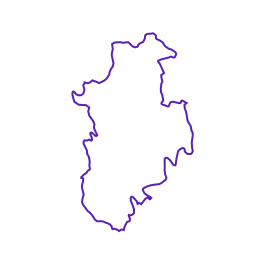 an SVG outline of Republic of Serbia, rotated 228°
{"feature_id": "SRB", "entity_name": "Republic of Serbia", "entity_type": "country or territory", "adm_level": 0, "iso_a3": "SRB", "parent_name": "Europe", "parent_adm1": "", "projection": "robinson", "projection_center": [20.755, 44.206], "detail": "fine", "context": "isolated", "style": "outline", "palette": "violet", "viewbox_px": 256, "rotation_deg": 228, "n_neighbors": 0, "source": "natural_earth", "source_scale": "50m", "svg_char_len": 3164}
<svg xmlns="http://www.w3.org/2000/svg" viewBox="0 0 256 256"><g transform="rotate(228 128 128)"><path d="M143.3,100.4L149.1,102.0L151.7,103.5L153.1,105.5L156.7,106.8L162.7,107.4L166.9,109.5L169.2,112.9L173.0,112.1L178.2,107.0L183.4,105.7L188.5,108.1L191.3,110.1L191.8,111.7L190.6,112.3L187.8,112.0L185.5,113.0L183.7,115.2L183.4,117.6L184.7,120.1L186.5,121.8L188.9,122.8L190.1,124.1L190.3,125.8L190.9,126.3L189.6,127.0L188.1,128.2L187.3,130.2L187.2,133.4L182.6,135.9L180.9,136.4L180.2,138.0L179.0,142.7L179.2,146.3L179.8,148.1L180.1,149.6L181.6,151.4L183.0,154.2L183.9,157.8L185.9,160.6L190.9,163.4L193.5,165.1L195.3,167.4L196.8,169.5L201.0,172.3L200.7,174.4L199.8,176.3L198.8,177.3L196.8,179.8L194.8,181.2L191.5,185.7L186.2,185.9L184.9,186.3L183.0,187.5L182.0,189.8L183.0,191.5L182.9,193.4L181.9,196.9L183.3,200.7L185.1,202.4L185.4,203.4L185.1,205.1L182.4,208.7L181.5,210.1L178.8,210.7L177.8,210.4L176.4,209.1L175.0,208.8L171.7,210.2L168.3,211.1L165.7,210.5L163.1,210.4L161.2,211.0L159.9,211.2L157.2,212.8L152.9,213.9L150.9,213.6L150.1,212.2L149.3,210.1L149.7,209.1L152.5,207.5L152.9,205.9L156.8,198.4L157.6,195.9L157.6,195.1L156.6,194.6L154.4,194.6L144.7,191.5L145.1,188.0L142.3,186.1L139.2,184.4L138.7,182.5L135.3,178.7L132.8,176.6L129.6,175.5L126.9,173.9L125.2,173.0L124.5,171.2L124.5,170.2L123.7,169.1L122.3,169.2L120.1,170.7L117.4,171.9L116.9,172.8L117.9,174.9L118.6,176.2L118.3,177.5L117.4,179.1L112.1,182.7L111.5,183.9L112.5,185.9L111.9,186.8L107.4,188.2L107.5,187.1L107.3,185.3L104.7,183.4L101.2,182.0L93.2,177.0L90.2,176.4L87.4,175.8L83.5,173.4L81.5,173.0L79.3,171.3L74.5,165.6L70.4,162.4L67.6,160.8L66.8,159.3L66.6,157.7L66.7,157.2L68.9,154.9L70.5,154.6L72.6,154.5L74.0,155.7L75.8,155.9L76.9,154.5L77.4,152.4L77.2,149.7L72.8,143.5L69.1,139.2L68.6,138.2L69.5,137.4L70.8,137.0L72.2,137.3L75.9,137.7L79.4,137.3L80.6,136.2L80.6,134.8L79.4,133.5L75.2,129.9L72.0,126.8L68.3,124.4L65.5,123.4L64.6,122.2L64.3,120.9L64.6,118.5L64.8,115.5L65.5,113.5L68.1,109.9L70.5,106.1L72.0,102.4L72.8,99.0L72.6,98.0L71.3,97.3L68.6,96.6L64.9,97.2L61.8,98.4L60.5,98.5L60.2,97.0L60.7,96.3L61.6,96.4L62.4,96.7L63.3,96.0L63.8,93.9L62.6,86.8L65.0,86.2L65.0,85.2L65.2,84.3L67.6,85.5L71.1,85.5L74.0,85.3L74.5,84.6L74.5,83.6L73.9,82.8L72.8,82.2L72.0,81.2L70.0,80.7L63.7,78.2L60.7,75.5L60.8,72.6L61.7,71.0L62.8,70.5L62.5,69.9L58.9,68.6L57.7,66.8L58.8,64.4L57.0,59.5L55.0,56.6L57.0,55.3L57.2,53.5L57.4,52.4L58.2,52.4L61.3,51.2L62.4,50.2L63.0,49.0L63.8,48.8L65.8,50.0L68.0,50.1L70.4,49.3L72.3,48.2L74.5,47.3L75.5,46.7L76.7,45.7L79.3,42.7L82.2,42.1L86.1,42.9L90.3,43.1L93.4,42.5L101.3,43.3L103.0,44.0L104.1,44.7L106.2,47.3L108.2,50.5L111.0,52.0L114.3,53.8L116.0,55.1L118.5,59.0L120.4,60.9L121.1,60.8L121.8,60.3L122.2,59.9L122.7,60.3L122.8,61.5L122.9,64.1L122.4,66.9L123.1,69.5L123.1,70.4L122.7,71.1L122.7,71.8L123.4,72.5L126.1,74.3L128.6,77.0L131.5,78.9L134.1,80.1L135.8,80.1L138.6,82.3L144.0,83.9L145.8,84.4L147.0,85.3L147.9,86.4L147.9,87.5L147.1,88.0L145.9,89.5L145.4,91.4L144.6,91.8L143.7,91.9L143.1,92.4L143.2,93.2L143.9,94.0L145.1,94.6L147.3,95.3L149.4,96.4L149.4,97.1L149.0,98.0L146.2,98.3L144.2,98.5L143.3,98.9L143.3,100.4Z" fill="none" stroke="#5b21b6" stroke-width="2"/></g></svg>